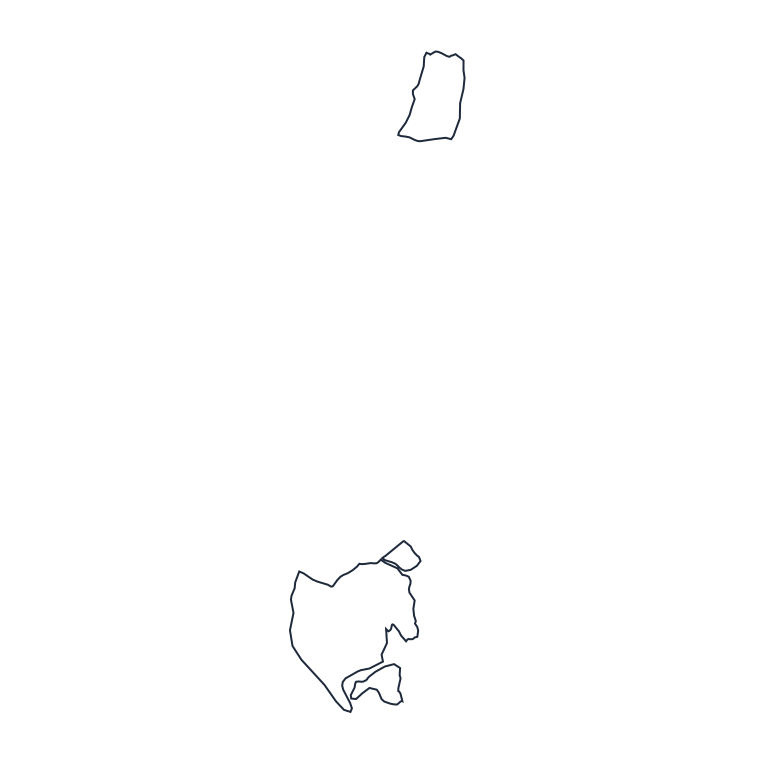 the border of Hovedstaden, rotated 259°
{"feature_id": "DNK-3419", "entity_name": "Hovedstaden", "entity_type": "Region", "adm_level": 1, "iso_a3": "DNK", "parent_name": "Denmark", "parent_adm1": "", "projection": "natural_earth1", "projection_center": [12.898, 55.56], "detail": "fine", "context": "isolated", "style": "outline", "palette": "slate", "viewbox_px": 768, "rotation_deg": 259, "n_neighbors": 0, "source": "natural_earth", "source_scale": "10m", "svg_char_len": 2477}
<svg xmlns="http://www.w3.org/2000/svg" viewBox="0 0 768 768"><g transform="rotate(259 384 384)"><path d="M111.7,330.0L107.5,315.4L107.5,306.7L106.8,303.2L102.4,290.1L99.4,286.7L96.0,285.4L91.8,285.6L77.2,289.9L71.7,290.6L68.5,288.5L71.8,282.5L81.7,276.3L99.9,268.2L129.1,250.3L144.3,244.2L160.2,244.7L176.6,251.5L190.2,251.5L193.9,252.9L200.5,257.3L206.2,259.0L216.1,265.0L213.5,268.9L205.7,276.6L202.9,280.7L197.7,290.5L195.2,293.4L195.2,295.2L200.4,300.7L203.1,304.5L204.3,307.7L205.2,312.3L207.2,317.7L209.8,322.5L212.2,325.5L211.4,327.9L211.0,331.2L210.8,336.4L209.7,340.6L209.5,342.3L209.7,343.4L210.4,344.7L212.2,347.3L208.2,351.1L200.5,362.0L193.2,365.6L192.0,368.6L190.1,371.5L185.9,372.6L182.8,371.8L180.5,370.4L178.0,369.3L174.2,369.2L165.7,372.8L157.6,369.9L150.8,369.3L145.2,370.0L142.9,368.7L139.1,370.3L135.4,370.5L129.5,368.5L129.3,365.6L128.5,364.5L128.1,363.2L128.4,361.5L128.6,360.5L128.9,359.8L129.0,359.2L128.8,358.6L128.7,358.2L127.2,356.6L133.9,352.7L138.3,351.5L145.8,347.5L146.4,346.4L146.0,345.8L142.3,344.2L141.6,343.6L141.2,343.0L140.8,342.4L140.4,341.1L143.1,339.3L129.2,337.5L126.1,335.3L118.8,330.0L111.8,330.0L111.7,330.0ZM701.1,488.9L700.2,490.1L699.8,490.9L699.4,491.6L698.5,492.2L699.9,495.9L700.5,498.1L699.9,500.2L698.0,503.3L693.9,508.3L692.7,510.7L693.5,512.8L693.5,514.3L694.1,517.2L691.1,519.8L689.0,521.9L686.4,523.8L676.9,521.9L669.1,521.5L658.4,518.3L645.1,512.3L630.2,509.1L614.5,499.7L611.5,496.7L613.9,491.5L614.7,481.1L615.4,466.1L616.0,463.6L617.6,460.9L621.3,456.0L622.8,452.3L624.1,448.1L625.7,445.5L628.4,446.8L636.2,455.1L638.9,457.2L643.2,460.5L650.5,464.2L657.8,468.5L663.0,467.7L666.7,468.4L669.9,473.4L672.0,475.3L674.4,476.4L688.2,483.6L697.2,485.9L701.1,488.9ZM69.3,341.5L69.5,341.3L69.1,339.6L67.3,336.5L66.9,335.5L67.6,332.7L69.0,329.2L72.2,323.7L75.1,321.5L81.8,320.1L85.3,318.6L88.4,311.7L84.5,303.7L80.1,296.5L81.5,291.8L84.9,292.0L91.6,297.2L95.2,298.5L97.0,299.6L96.9,302.1L96.1,304.8L95.8,306.7L96.6,309.8L97.3,311.0L98.2,311.7L99.6,313.6L103.2,320.8L106.5,330.9L107.1,340.4L102.1,345.6L95.2,343.8L91.9,344.1L82.8,340.1L79.8,339.4L79.5,339.7L79.1,340.3L76.8,341.1L69.5,341.5L69.3,341.5ZM214.8,352.3L225.8,372.6L226.0,373.7L219.3,379.3L216.3,380.0L212.8,381.5L209.6,383.5L207.5,385.3L203.3,386.1L199.2,381.5L196.5,374.8L196.5,369.2L198.5,366.1L201.0,364.0L203.5,362.4L205.5,360.7L207.6,357.6L210.8,351.5L213.4,349.1L214.2,350.6L214.5,351.2L214.8,352.3Z" fill="none" stroke="#1e293b" stroke-width="2"/></g></svg>